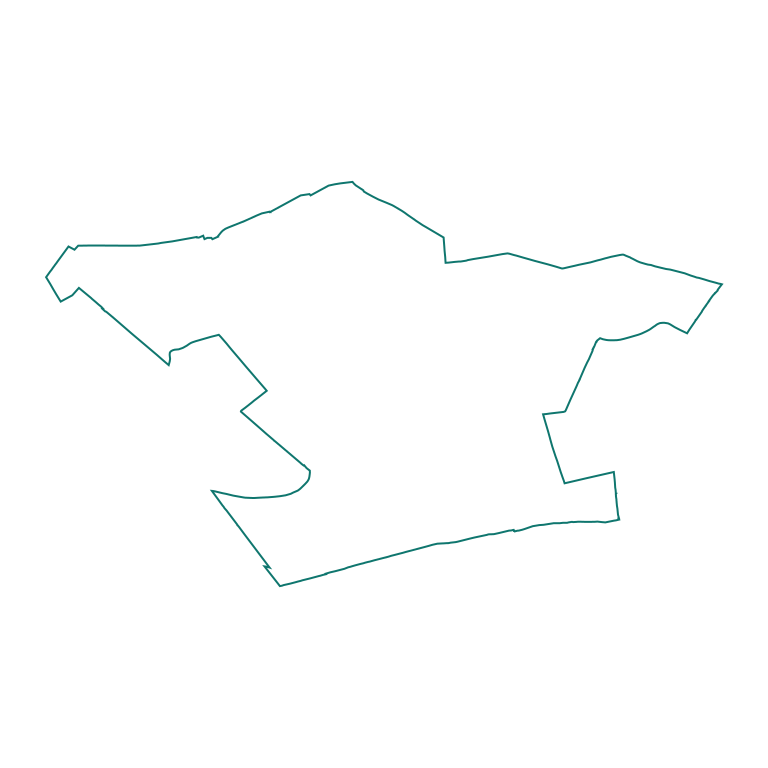 outline of Montfoort, Utrecht, Netherlands
{"feature_id": "6326949B42908335421355", "entity_name": "Montfoort", "entity_type": "district", "adm_level": 2, "iso_a3": "NLD", "parent_name": "Netherlands", "parent_adm1": "Utrecht", "projection": "natural_earth1", "projection_center": [4.943, 52.045], "detail": "fine", "context": "isolated", "style": "outline", "palette": "teal", "viewbox_px": 768, "rotation_deg": 0, "n_neighbors": 0, "source": "geoboundaries", "source_scale": "gbopen_adm2", "svg_char_len": 6020}
<svg xmlns="http://www.w3.org/2000/svg" viewBox="0 0 768 768"><path d="M619.0,518.4L618.1,515.1L618.0,514.7L617.4,508.6L616.9,505.5L616.9,505.2L616.7,503.2L616.7,502.9L616.6,502.5L616.6,502.0L616.6,501.6L616.5,501.2L616.4,499.1L616.3,498.7L615.9,495.8L616.0,495.4L615.8,494.1L616.0,493.8L615.9,493.8L615.6,490.0L615.2,487.6L614.9,482.8L614.9,482.6L614.7,480.5L614.7,480.1L614.4,477.4L613.8,472.0L586.5,478.2L564.6,483.3L563.9,481.0L562.2,476.3L561.8,475.1L560.8,472.3L557.1,460.7L555.6,456.6L552.3,446.6L550.2,439.1L550.1,438.6L548.1,431.4L544.6,419.6L543.1,414.3L544.3,414.2L546.5,414.0L549.9,413.5L560.3,412.3L563.7,411.9L564.9,411.4L565.2,411.3L565.9,410.0L570.3,399.9L576.6,386.1L578.1,382.5L578.8,381.4L579.6,379.4L579.8,379.4L579.9,378.9L580.1,378.4L584.7,367.7L587.2,362.4L588.9,359.2L589.8,357.1L592.4,351.2L592.6,350.6L592.7,350.0L592.7,349.8L592.8,349.6L592.6,349.5L592.8,349.0L593.2,348.3L593.5,347.7L593.6,347.8L594.3,346.4L596.0,342.2L596.4,342.1L596.7,341.5L596.5,341.4L597.2,340.5L600.1,338.2L602.8,339.2L604.6,339.6L606.6,340.0L608.4,340.2L611.7,340.3L616.3,340.2L617.4,340.1L620.3,339.7L624.1,338.8L628.8,337.5L638.1,334.8L640.4,334.0L641.9,333.4L646.6,331.2L649.4,329.7L650.5,329.0L653.7,326.7L655.0,325.9L656.7,324.6L658.0,323.9L658.9,323.5L659.9,323.1L660.7,323.0L662.9,322.8L664.3,322.8L667.0,323.2L668.1,323.4L669.0,323.8L670.4,324.5L674.6,327.1L680.2,330.0L687.1,333.3L689.2,329.9L694.7,321.9L695.3,320.9L695.7,319.9L696.1,319.9L701.9,311.6L702.0,311.2L702.6,310.2L704.3,307.7L705.8,305.8L705.7,305.7L709.0,301.2L708.8,301.1L712.7,295.7L714.5,293.7L714.7,293.4L714.8,293.5L716.7,291.5L717.7,290.5L717.7,289.8L720.4,286.2L721.9,284.3L720.5,283.9L718.7,283.6L716.0,282.8L714.5,282.4L709.6,281.1L704.1,279.4L698.9,277.9L696.6,277.5L694.7,276.8L690.6,275.5L684.7,273.3L675.8,271.0L670.3,269.6L666.1,269.0L660.2,267.6L654.9,266.3L651.0,265.0L648.0,264.6L645.7,264.0L640.9,262.6L639.7,262.2L637.3,261.2L632.7,258.8L631.0,258.0L630.3,257.5L625.8,255.7L624.3,255.0L623.8,254.8L623.0,254.6L621.9,254.7L619.9,255.0L613.1,256.4L611.1,256.8L606.6,258.0L605.3,258.3L600.8,259.6L597.5,260.4L590.4,262.4L578.8,264.8L574.2,265.9L571.0,266.6L563.7,268.3L562.2,268.5L561.6,268.4L556.4,266.8L548.0,264.4L534.8,260.9L529.2,259.3L523.5,257.7L516.3,255.6L514.2,255.1L509.3,253.7L507.5,253.4L502.4,254.1L488.0,256.7L473.1,259.1L467.8,260.1L466.4,260.6L465.3,260.8L460.8,261.5L459.4,261.5L454.8,261.9L448.7,262.6L445.6,262.8L445.5,261.7L445.2,257.0L444.6,251.0L444.3,246.6L443.6,237.5L426.0,227.1L422.7,225.2L415.9,220.7L414.7,219.8L407.6,214.9L404.8,212.8L401.8,210.8L393.7,206.0L392.0,205.1L386.6,202.8L378.5,199.5L373.0,196.7L367.1,193.5L364.5,191.9L363.8,191.5L363.3,190.3L355.8,185.4L353.9,183.6L352.5,181.9L340.2,183.4L334.7,184.3L328.6,185.6L310.6,195.4L309.5,194.1L300.7,195.4L269.8,212.2L269.7,212.1L269.8,212.1L269.5,211.7L261.8,213.4L257.0,215.4L244.4,221.1L228.3,227.5L225.4,228.8L222.8,230.6L221.3,232.1L217.8,236.4L218.0,236.7L212.4,239.2L211.4,237.9L207.3,237.9L204.5,239.1L203.8,237.4L203.2,235.7L198.8,237.6L196.9,237.5L196.7,237.0L172.2,241.4L161.2,242.9L158.2,243.5L149.5,244.5L139.8,245.6L131.1,245.7L91.9,245.5L78.2,245.7L74.5,249.7L68.5,246.5L57.6,261.4L56.2,263.4L55.0,264.9L54.7,265.4L54.1,266.2L52.7,268.1L51.4,270.0L50.1,271.6L46.1,277.2L50.3,284.1L53.5,289.7L56.1,294.1L60.7,301.6L72.3,295.3L78.9,287.9L91.1,298.0L91.9,298.8L95.9,302.2L98.5,304.5L101.3,306.8L103.0,308.6L102.4,308.8L105.2,311.4L106.1,311.7L106.9,312.3L113.8,318.1L131.7,333.6L156.9,354.9L160.9,358.4L164.8,361.8L168.7,365.1L169.7,361.5L170.0,359.6L170.1,358.9L170.0,358.0L169.7,355.1L169.7,354.2L169.8,353.3L169.9,352.6L170.2,352.1L170.8,351.4L171.5,350.9L172.9,350.2L174.0,349.9L174.7,349.7L178.0,349.4L178.8,349.3L179.9,348.9L182.0,348.2L183.2,347.7L185.3,346.5L186.6,345.8L189.6,343.7L191.2,342.8L193.0,342.1L195.7,341.2L211.0,336.8L216.6,335.4L218.8,334.8L220.8,336.9L226.6,343.6L229.6,347.3L232.1,350.3L239.1,358.5L245.6,366.2L249.9,371.2L255.9,378.2L265.4,389.2L266.7,390.8L258.2,397.5L254.1,400.6L251.6,402.7L245.4,407.6L241.5,410.5L241.3,410.7L241.0,411.1L240.9,411.6L258.0,426.5L266.4,433.9L272.6,439.2L273.6,440.0L274.0,440.6L274.4,440.8L275.4,441.6L292.5,456.1L300.5,462.9L301.2,463.6L302.8,464.9L303.8,465.6L304.2,465.3L306.4,467.9L307.3,468.7L309.8,470.6L309.9,472.6L309.7,474.4L309.4,476.7L309.1,478.0L308.7,479.3L307.9,480.7L307.3,481.6L305.2,483.9L300.4,488.6L299.3,489.5L297.8,490.6L293.1,492.6L291.0,493.7L290.1,494.0L287.3,494.8L285.6,495.3L279.9,496.2L274.4,496.8L268.0,497.3L261.1,497.6L254.2,498.0L252.7,498.0L245.5,497.7L243.9,497.5L235.4,496.0L233.2,495.6L226.2,493.9L222.6,493.2L215.1,491.4L213.0,491.0L211.9,490.9L218.2,499.5L222.6,505.6L223.5,506.6L224.5,508.2L226.8,510.8L227.6,511.9L237.3,524.7L237.4,525.3L237.9,525.6L238.9,526.8L244.6,534.5L269.5,567.5L268.9,567.3L267.4,567.0L265.9,566.6L264.5,566.4L278.3,584.0L279.9,586.1L282.0,585.7L283.6,585.1L286.3,584.5L290.3,583.6L295.6,582.2L296.3,582.0L298.1,581.5L300.6,580.9L302.4,580.3L310.5,578.3L319.4,575.9L320.0,575.8L323.0,574.9L326.0,574.2L325.7,573.7L330.4,572.3L335.2,571.2L344.4,568.8L348.2,567.3L350.7,566.7L351.2,566.5L355.0,565.4L360.2,564.0L363.6,563.2L364.7,562.8L368.2,561.9L369.7,561.6L374.3,560.3L388.4,556.7L391.2,555.8L394.8,554.9L399.4,553.7L402.9,552.8L406.0,551.9L424.6,547.0L429.0,545.8L432.4,544.8L437.3,543.7L442.4,543.4L443.0,543.4L447.5,543.1L447.9,543.2L449.6,542.9L450.4,542.7L455.7,542.1L457.6,541.7L469.9,538.6L474.5,537.5L486.8,534.9L488.3,534.4L489.5,534.3L493.0,534.2L494.1,534.1L498.7,533.1L509.1,530.6L510.7,530.5L512.0,530.3L512.5,530.1L513.6,529.9L513.9,530.9L514.5,530.8L514.8,531.4L517.4,530.7L518.8,530.6L522.4,529.7L524.6,529.0L532.7,526.2L538.1,525.3L539.2,525.1L543.6,524.8L553.7,523.2L554.3,523.2L559.7,523.2L563.0,522.8L567.1,522.8L568.6,522.4L571.7,521.9L572.2,521.9L573.1,522.1L576.4,521.9L577.1,521.8L578.7,521.7L586.8,521.9L594.7,521.8L597.4,521.6L601.9,522.1L604.2,522.3L605.3,522.4L614.2,520.6L615.8,520.4L619.1,519.6L618.5,518.5L619.0,518.4Z" fill="none" stroke="#0f766e" stroke-width="2"/></svg>